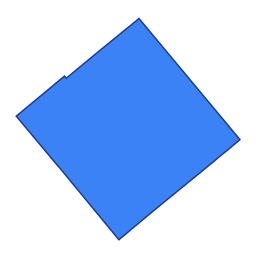 the district of Bourbon, Kansas, United States of America, rotated 50°
{"feature_id": "52423323B75737020105593", "entity_name": "Bourbon", "entity_type": "district", "adm_level": 2, "iso_a3": "USA", "parent_name": "United States of America", "parent_adm1": "Kansas", "projection": "albers", "projection_center": [-94.721, 37.855], "detail": "fine", "context": "isolated", "style": "filled", "palette": "blue", "viewbox_px": 256, "rotation_deg": 50, "n_neighbors": 0, "source": "geoboundaries", "source_scale": "gbopen_adm2", "svg_char_len": 619}
<svg xmlns="http://www.w3.org/2000/svg" viewBox="0 0 256 256"><g transform="rotate(50 128 128)"><path d="M47.1,206.0L109.2,206.1L115.7,206.0L207.8,206.8L207.7,202.9L207.8,201.0L207.8,200.5L207.8,199.4L207.7,185.6L207.8,182.4L207.8,163.7L208.0,143.6L208.2,135.8L208.2,132.5L208.2,129.7L208.3,124.8L208.4,120.7L208.3,118.2L208.4,114.5L208.5,108.1L208.5,106.1L208.6,102.0L208.7,94.1L208.7,93.0L208.7,91.2L208.7,89.7L208.7,87.3L208.8,86.6L208.7,78.2L208.8,70.9L208.9,68.9L208.9,49.7L51.2,49.2L50.4,105.7L50.2,143.3L47.4,143.2L47.3,168.5L47.2,181.0L47.1,206.0Z" fill="#3b82f6" stroke="#1e3a8a" stroke-width="1.5"/></g></svg>